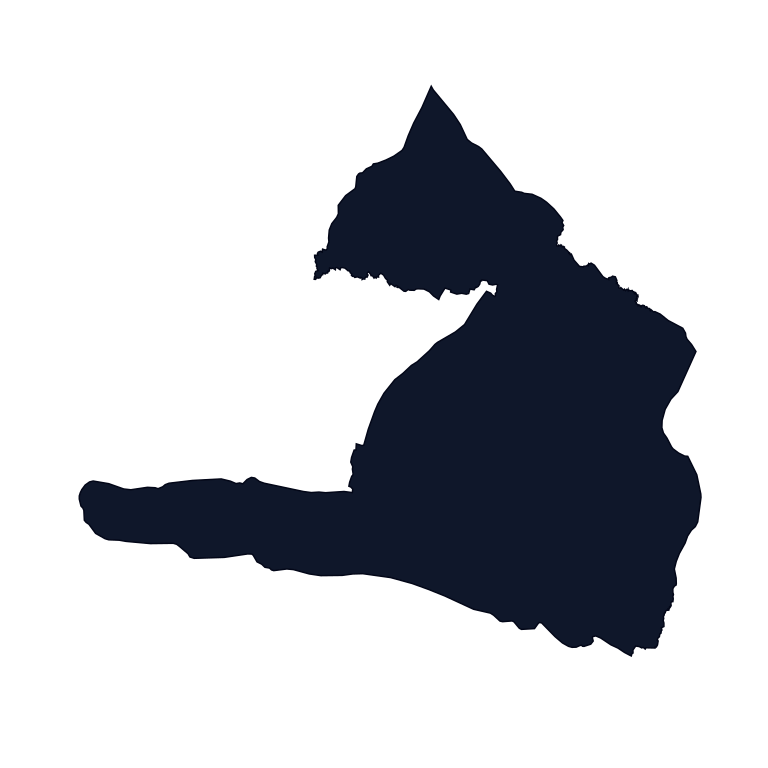 outline of Khemarat, Ubon Ratchathani, Thailand, rotated 175°
{"feature_id": "78962969B49998456253138", "entity_name": "Khemarat", "entity_type": "district", "adm_level": 2, "iso_a3": "THA", "parent_name": "Thailand", "parent_adm1": "Ubon Ratchathani", "projection": "equal_earth", "projection_center": [105.125, 15.95], "detail": "fine", "context": "isolated", "style": "filled", "palette": "ink", "viewbox_px": 768, "rotation_deg": 175, "n_neighbors": 0, "source": "geoboundaries", "source_scale": "gbopen_adm2", "svg_char_len": 6126}
<svg xmlns="http://www.w3.org/2000/svg" viewBox="0 0 768 768"><g transform="rotate(175 384 384)"><path d="M87.7,285.5L90.8,286.0L96.6,289.6L101.7,294.2L103.0,296.2L106.8,305.4L109.9,310.8L111.0,316.2L110.1,323.5L106.1,334.3L99.5,343.9L91.9,350.8L70.4,389.2L74.2,396.6L78.2,402.2L79.1,405.0L79.2,408.4L81.5,413.5L95.4,422.5L102.8,429.6L107.9,432.5L109.2,432.3L111.6,434.8L112.3,433.9L112.9,436.0L115.0,436.5L115.3,437.8L116.0,438.1L116.5,437.2L116.9,438.0L117.8,438.2L117.8,439.3L119.3,439.9L120.5,439.6L121.0,438.4L121.8,438.7L121.7,439.6L122.6,440.4L124.0,439.9L123.9,440.9L125.7,441.9L125.6,443.2L126.7,444.6L125.7,445.6L124.7,444.9L124.7,446.1L124.2,446.7L125.0,447.3L124.4,447.8L124.5,448.9L123.3,448.7L123.4,450.5L124.2,450.4L125.4,453.2L126.0,453.0L125.4,451.8L126.7,452.1L127.0,454.2L128.3,454.5L128.6,455.5L130.8,455.4L132.0,456.3L132.5,455.7L132.6,457.1L132.9,456.6L134.1,457.1L135.3,456.0L136.2,457.5L137.0,456.6L139.7,459.4L140.3,458.7L141.8,459.4L141.3,461.3L142.8,463.2L142.8,464.6L143.6,464.3L143.3,465.3L143.7,466.3L143.0,466.9L144.2,470.6L146.9,471.5L148.2,470.6L150.7,470.3L151.2,469.7L151.1,468.5L154.2,470.0L156.6,471.9L164.0,484.0L167.2,486.4L168.6,485.6L169.6,486.2L170.2,484.1L170.9,484.7L172.2,483.8L174.7,483.9L175.0,483.3L179.0,484.1L183.9,490.8L186.1,497.2L186.9,497.3L187.2,496.6L187.8,497.1L187.7,498.5L188.5,498.4L188.4,499.1L190.2,501.4L192.5,503.4L192.3,504.7L193.1,505.4L194.6,505.0L194.9,506.6L195.6,507.2L196.2,506.2L197.9,507.2L198.5,506.1L199.7,506.5L199.9,508.2L199.2,509.3L199.6,511.7L198.6,512.6L198.3,516.1L195.1,517.4L194.6,519.7L192.1,522.1L192.3,524.7L191.2,526.2L192.6,529.2L191.5,531.3L193.6,534.9L199.4,543.5L206.2,550.9L211.4,555.3L219.9,560.1L227.8,561.7L230.1,563.0L236.9,564.7L240.8,572.2L249.2,585.6L266.1,609.6L269.1,612.3L275.8,616.5L279.8,620.4L285.4,635.8L291.2,646.5L309.3,672.7L311.0,676.5L322.1,656.2L331.7,641.3L338.2,629.3L343.4,618.0L345.7,615.1L354.4,610.1L362.7,606.9L371.1,604.5L375.4,604.2L377.1,601.9L382.8,599.9L387.0,596.2L389.6,596.2L391.0,595.5L393.0,593.1L394.9,583.1L395.8,581.1L405.8,575.0L414.0,566.0L414.6,557.6L416.6,554.1L422.0,548.3L425.1,542.2L426.5,534.2L426.5,530.4L428.7,525.5L428.5,523.9L430.3,522.4L433.4,523.7L434.1,520.8L435.6,521.8L438.0,521.1L438.9,519.9L438.7,518.1L441.9,518.3L442.0,516.0L441.1,513.9L441.8,511.8L440.6,509.0L441.1,507.2L440.4,506.0L440.7,504.8L439.7,502.8L442.2,502.1L443.4,499.7L442.8,498.0L443.7,497.4L444.4,494.4L443.0,494.2L441.6,496.1L440.6,495.2L438.4,495.4L436.6,498.1L435.6,498.2L435.3,499.7L432.8,498.8L432.0,499.6L430.6,499.5L430.4,501.1L429.4,500.7L428.6,501.5L428.1,504.3L426.1,503.5L425.0,504.0L422.5,502.1L422.2,504.0L420.7,504.1L417.8,501.7L417.0,503.6L415.1,503.6L412.7,502.8L409.8,499.8L408.5,499.9L407.9,497.7L406.5,496.6L407.0,495.2L406.0,494.0L404.8,494.0L403.8,492.7L401.2,493.1L398.4,491.6L397.7,492.3L396.7,491.6L396.7,490.0L395.7,490.5L394.0,490.2L393.7,491.4L392.5,492.3L391.6,491.9L390.4,493.9L391.3,495.0L391.2,495.8L389.5,497.2L387.6,494.2L387.5,493.1L385.9,492.7L384.7,490.4L383.7,491.3L382.6,490.2L381.7,491.4L380.1,491.0L380.1,492.8L377.5,494.7L374.9,492.5L373.2,488.9L371.5,487.2L371.8,485.6L369.7,481.9L368.5,483.4L364.6,480.0L363.4,481.2L362.4,480.1L362.6,479.3L361.9,479.0L361.7,480.1L356.0,474.7L354.3,474.4L351.7,476.0L350.1,475.2L345.7,474.7L343.8,475.8L341.9,475.9L335.9,475.1L330.7,471.9L327.0,467.4L322.1,463.4L320.4,466.8L314.9,474.2L309.5,472.0L309.2,471.5L309.6,469.8L303.6,467.2L298.7,467.6L294.2,466.3L291.8,466.8L290.1,471.1L286.0,470.0L284.3,472.4L283.6,472.1L281.7,473.0L279.9,475.2L278.9,478.5L277.8,478.2L277.4,479.1L272.1,477.9L270.7,474.3L267.2,473.2L263.5,473.6L262.2,472.9L263.6,468.4L263.5,466.0L265.2,464.4L265.3,462.1L266.0,461.5L268.3,463.1L269.8,465.2L273.8,467.4L284.4,455.5L298.6,436.2L308.4,429.6L327.1,420.8L329.8,419.0L336.0,413.1L349.2,403.1L355.1,400.1L364.4,392.8L372.8,387.4L384.8,374.8L391.9,364.5L395.7,357.4L403.6,340.3L409.5,324.8L411.4,324.6L416.8,326.8L417.7,320.7L419.5,320.8L422.7,313.7L423.9,309.1L422.3,304.3L422.9,302.0L422.6,297.0L423.4,295.3L424.1,295.1L426.8,289.1L427.9,285.2L426.1,284.3L424.3,282.1L425.0,278.6L433.2,280.4L451.7,280.8L458.2,282.0L465.9,282.2L473.6,283.9L512.0,295.6L516.6,297.7L520.9,301.6L524.3,302.5L528.7,300.8L533.3,296.9L536.3,298.0L540.1,297.7L545.5,300.6L554.4,303.6L583.2,304.6L606.8,303.9L610.7,302.8L613.4,300.9L618.2,299.4L621.0,300.6L628.7,301.7L645.4,300.7L652.4,302.1L666.9,308.7L682.2,312.7L685.9,312.1L690.5,309.4L694.2,305.2L696.0,302.2L697.3,299.1L697.6,295.9L696.5,288.8L694.8,286.7L694.0,284.3L694.4,274.4L692.8,272.1L690.2,270.0L684.3,260.3L675.4,254.2L671.8,252.8L661.5,251.5L654.7,249.7L630.7,245.4L607.9,243.7L604.5,242.4L602.1,240.2L594.0,232.0L592.4,228.6L588.3,226.9L558.3,225.2L534.6,226.6L530.5,226.1L529.2,224.8L526.0,217.9L521.6,215.2L518.6,211.8L514.0,210.6L512.3,208.6L510.1,207.7L496.9,208.2L490.4,207.0L475.0,201.3L463.6,198.6L442.3,197.0L431.7,197.5L421.7,196.9L394.3,190.6L373.3,182.8L358.0,175.7L342.0,167.6L314.4,151.8L298.0,146.5L294.9,144.1L289.1,137.7L286.6,136.9L277.0,136.8L275.3,135.8L270.5,128.9L268.5,127.6L255.4,127.2L251.1,132.2L250.2,132.8L247.9,132.4L235.6,117.4L228.8,110.5L223.1,106.6L219.6,105.3L215.4,105.1L211.6,106.4L209.9,106.6L209.2,105.5L207.6,105.2L200.7,106.8L198.0,109.7L198.5,112.8L198.2,114.1L195.0,114.6L190.3,112.1L180.7,104.4L173.9,100.5L167.8,95.6L161.4,91.5L160.4,94.0L159.4,94.3L159.2,97.3L156.1,101.0L152.7,100.2L150.2,98.6L148.8,99.1L146.9,97.2L146.0,98.4L137.0,97.4L136.9,98.3L135.7,98.2L134.3,100.2L133.3,104.2L134.1,104.9L133.3,107.0L131.7,108.2L131.1,110.8L129.8,111.6L129.3,113.9L128.6,114.6L128.9,117.0L126.3,118.0L126.0,121.5L126.5,124.2L125.8,126.0L126.0,127.9L125.0,129.5L124.8,131.1L123.8,131.5L123.3,133.1L122.3,133.9L120.2,133.9L120.6,135.0L119.6,134.9L119.0,137.0L118.5,136.5L117.3,138.1L117.3,141.1L116.5,142.0L115.2,142.0L114.6,144.7L114.7,147.4L114.0,148.9L114.4,151.3L114.1,154.9L112.3,157.4L110.6,158.2L110.2,159.7L109.9,165.3L110.9,174.4L108.3,181.9L104.5,189.5L97.9,199.3L94.8,206.1L90.5,211.6L86.3,214.8L83.5,219.3L78.1,243.4L78.0,246.9L80.3,266.3L87.7,285.5Z" fill="#0f172a" stroke="#020617" stroke-width="1.5"/></g></svg>